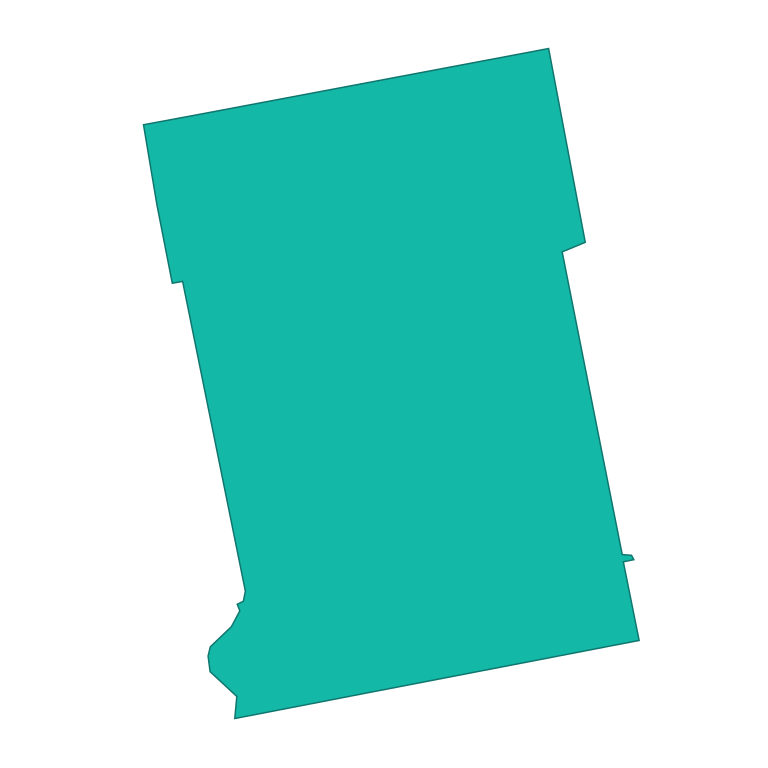 Crow Wing, Minnesota, United States of America (Natural Earth projection), rotated 349°
{"feature_id": "52423323B96229669667129", "entity_name": "Crow Wing", "entity_type": "district", "adm_level": 2, "iso_a3": "USA", "parent_name": "United States of America", "parent_adm1": "Minnesota", "projection": "natural_earth1", "projection_center": [-94.145, 46.481], "detail": "fine", "context": "isolated", "style": "filled", "palette": "teal", "viewbox_px": 768, "rotation_deg": 349, "n_neighbors": 0, "source": "geoboundaries", "source_scale": "gbopen_adm2", "svg_char_len": 467}
<svg xmlns="http://www.w3.org/2000/svg" viewBox="0 0 768 768"><g transform="rotate(349 384 384)"><path d="M609.6,86.1L243.1,84.0L197.4,83.6L195.3,164.1L195.4,244.7L205.9,244.9L208.4,560.9L204.5,570.4L197.9,572.2L199.2,579.2L187.9,593.1L163.4,608.8L159.4,617.5L158.4,633.2L179.9,662.6L173.7,683.9L309.6,684.0L585.5,684.4L585.0,604.2L595.7,604.1L594.3,599.4L585.3,596.9L584.1,288.3L608.6,283.3L609.6,86.1Z" fill="#14b8a6" stroke="#0f766e" stroke-width="1.5"/></g></svg>